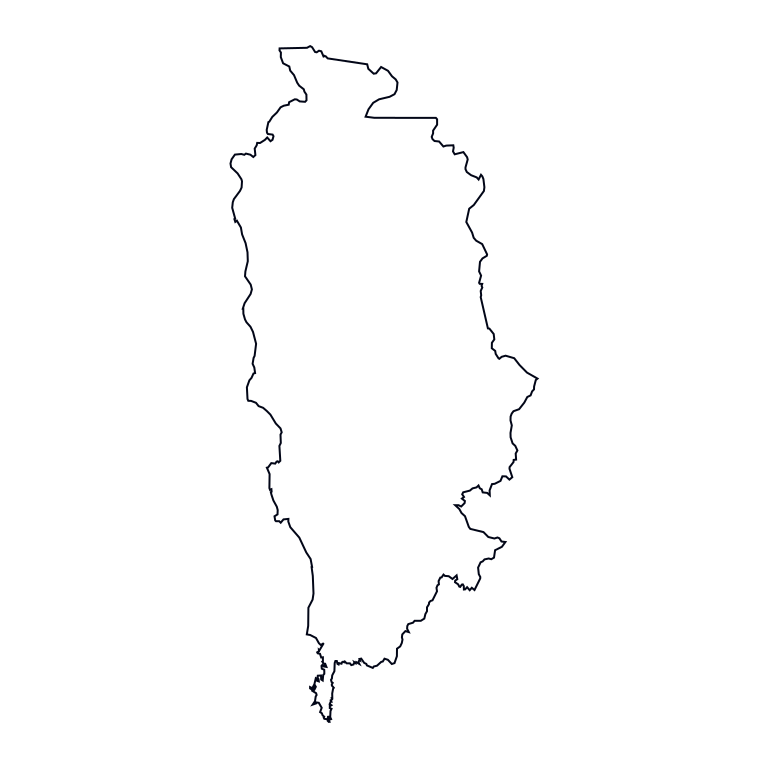 outline of Achí, Bolívar, Colombia
{"feature_id": "7082276B83217917956191", "entity_name": "Achí", "entity_type": "district", "adm_level": 2, "iso_a3": "COL", "parent_name": "Colombia", "parent_adm1": "Bolívar", "projection": "equal_earth", "projection_center": [-74.478, 8.603], "detail": "fine", "context": "isolated", "style": "outline", "palette": "ink", "viewbox_px": 768, "rotation_deg": 0, "n_neighbors": 0, "source": "geoboundaries", "source_scale": "gbopen_adm2", "svg_char_len": 6086}
<svg xmlns="http://www.w3.org/2000/svg" viewBox="0 0 768 768"><path d="M381.1,67.0L376.1,73.3L373.7,73.7L368.3,68.8L367.2,64.3L327.7,58.4L325.6,56.2L323.9,56.3L324.0,54.9L323.3,56.0L321.3,51.3L319.0,50.7L316.7,52.3L315.1,52.0L312.1,47.2L310.1,46.1L307.0,47.8L279.6,48.4L279.5,50.4L280.9,52.5L280.8,57.1L283.1,63.3L289.3,66.5L290.2,70.6L294.0,75.1L297.2,82.7L299.2,85.7L303.8,89.3L304.4,91.6L306.4,94.6L306.5,100.3L305.1,101.8L299.7,101.4L296.8,99.5L294.8,99.3L289.1,102.2L288.7,104.7L283.8,105.7L280.6,107.3L276.9,112.5L272.3,116.9L269.3,121.7L268.4,122.1L266.7,129.9L267.0,132.7L267.9,134.0L272.6,134.6L273.5,136.2L272.5,139.8L270.5,141.2L267.2,137.5L264.9,139.9L260.0,143.0L257.2,142.9L256.7,145.3L254.7,148.6L255.4,155.1L253.3,157.0L250.4,154.7L245.9,153.6L244.3,154.8L241.3,154.0L234.9,154.6L231.6,159.3L230.5,163.5L231.1,167.2L237.6,173.4L241.4,179.2L242.0,181.3L241.6,187.5L240.0,190.9L233.9,199.1L232.8,202.2L232.2,207.8L235.2,218.7L234.4,219.1L235.3,221.9L236.9,220.7L240.9,227.5L242.1,234.4L245.6,243.2L247.5,252.3L247.8,261.2L245.4,271.4L245.0,276.3L250.7,284.6L251.9,289.4L250.6,294.0L244.6,303.2L242.8,308.7L243.3,308.7L243.4,313.8L245.0,319.4L246.5,322.3L250.5,326.8L253.0,331.9L256.1,343.8L254.6,355.9L253.6,357.9L252.6,363.8L254.3,367.5L255.1,373.1L253.5,373.5L251.5,377.9L249.4,380.3L246.9,387.3L247.5,399.0L248.3,400.8L251.1,400.9L256.0,402.8L258.6,406.1L263.1,407.8L266.8,411.0L270.4,414.6L275.8,423.5L280.5,428.4L281.7,432.3L280.5,434.6L280.8,443.0L279.4,445.9L280.3,460.8L278.7,462.4L277.7,461.3L276.6,461.6L275.2,463.6L271.3,463.1L268.1,467.4L266.9,467.7L269.6,474.1L269.4,488.1L270.0,489.8L271.4,489.2L271.6,491.7L270.8,492.1L271.5,494.8L273.4,500.5L276.8,506.7L277.7,510.1L277.5,514.4L274.5,516.3L275.2,520.4L276.0,521.2L279.2,521.2L280.7,522.7L283.5,519.4L288.4,518.9L288.3,521.6L290.3,527.2L299.3,537.6L306.3,552.5L310.6,559.0L312.1,567.0L311.6,567.1L312.8,575.9L313.5,593.5L312.6,599.6L308.4,607.7L308.2,625.9L306.8,634.4L310.2,635.0L316.0,638.0L318.9,643.2L320.8,645.0L323.7,643.2L319.4,650.4L318.9,649.9L319.0,651.2L317.2,652.3L317.7,653.3L320.0,653.8L321.2,657.5L322.9,657.3L322.9,661.3L322.3,661.7L324.0,663.8L325.2,663.8L326.4,666.9L324.1,666.5L324.3,665.5L322.5,665.9L322.2,665.1L321.5,665.9L321.8,668.7L324.2,669.7L324.3,671.1L324.3,673.8L323.2,675.0L322.7,680.5L321.2,679.5L321.0,675.5L317.8,675.7L317.5,677.4L318.5,679.1L318.8,681.4L317.2,680.9L316.7,678.8L315.8,678.2L314.4,684.2L312.3,688.2L310.1,687.1L310.1,688.4L311.9,689.5L313.3,689.0L315.2,685.7L315.8,686.8L314.4,689.7L313.7,690.4L313.1,689.8L312.3,690.8L316.1,693.2L316.6,695.0L315.7,696.5L315.0,701.2L312.7,704.6L316.1,703.4L316.2,702.4L318.8,702.8L321.7,707.8L320.1,712.1L321.9,713.3L322.6,715.3L324.2,716.7L323.7,717.6L324.3,718.8L327.6,719.3L327.7,720.8L328.8,721.9L329.5,721.8L327.8,718.0L328.0,716.8L328.9,716.7L330.6,719.3L331.1,719.1L330.2,717.2L330.5,711.0L331.5,708.8L329.8,708.1L329.8,706.2L331.4,705.2L330.4,704.5L329.8,705.2L329.6,704.3L330.7,701.7L331.4,701.7L330.7,700.3L331.9,699.5L331.7,698.2L332.3,698.3L332.2,693.5L333.1,688.7L333.8,687.8L331.9,685.6L331.8,684.4L332.7,682.9L331.6,682.0L331.0,679.9L331.9,678.5L332.2,675.4L334.4,671.2L334.7,663.0L335.4,661.0L336.8,661.0L337.5,663.9L338.6,664.5L339.0,663.1L341.5,663.7L342.0,662.3L343.1,661.7L344.2,662.3L344.8,661.5L346.6,663.3L349.9,663.3L351.3,665.1L353.5,664.5L354.2,662.7L354.9,663.0L354.5,662.2L355.9,663.0L356.2,662.1L359.3,663.9L358.4,662.1L359.4,660.1L359.9,660.4L359.4,659.0L361.2,658.6L364.2,662.9L366.3,663.9L366.9,665.4L372.8,667.9L373.8,666.5L377.0,665.7L381.2,661.9L382.8,661.5L384.5,658.7L387.9,659.8L391.8,664.0L394.5,663.1L396.9,656.2L397.0,648.7L400.2,646.4L401.8,643.0L402.5,639.6L401.9,637.3L402.3,634.4L405.4,631.1L408.8,632.1L407.1,628.7L407.3,626.0L408.3,624.1L413.0,622.7L414.6,620.8L420.8,620.8L424.3,618.6L425.4,614.0L427.0,611.2L427.0,607.3L428.9,604.3L429.1,602.5L430.5,601.0L432.5,600.3L437.0,591.3L436.5,587.8L437.5,585.3L438.9,584.4L438.6,581.1L440.3,577.6L441.6,577.4L443.5,574.6L444.9,575.9L448.7,576.2L452.5,579.0L456.6,575.4L457.3,579.2L455.2,580.6L455.0,582.2L458.1,584.3L459.3,586.6L460.2,586.9L461.8,584.6L462.8,584.4L463.8,586.1L463.9,589.5L465.1,589.4L467.1,587.2L469.7,590.2L471.8,587.8L474.5,590.0L480.2,578.5L480.3,577.0L478.8,574.2L478.1,567.6L480.6,562.3L482.7,561.4L484.5,559.4L488.7,558.5L491.3,559.2L494.0,557.6L495.1,550.2L501.9,546.8L505.4,542.0L501.5,541.5L499.4,538.3L497.5,537.5L494.4,538.5L488.3,537.0L483.5,532.1L470.3,528.9L468.8,526.9L465.0,516.2L461.5,513.0L459.3,509.0L455.2,505.2L458.5,505.2L461.2,506.5L464.6,503.1L464.9,501.0L461.9,498.6L464.0,497.0L462.2,494.3L463.2,492.3L469.9,490.6L472.5,488.4L476.5,487.4L478.5,485.5L479.8,488.3L481.7,489.3L482.7,492.4L487.2,492.9L489.8,495.3L489.6,490.4L492.0,484.1L494.7,483.8L500.5,480.9L502.4,476.3L506.0,476.4L509.4,479.6L512.3,477.2L509.5,468.8L509.6,467.1L513.5,462.1L513.7,459.9L516.1,459.6L515.7,453.5L517.4,450.5L515.3,445.9L512.6,443.4L510.6,437.3L510.5,432.9L511.8,425.4L510.5,420.4L510.6,416.6L511.7,413.6L513.5,411.2L519.1,409.2L524.3,402.6L527.3,397.0L530.6,395.4L532.1,391.4L534.0,389.4L534.1,386.5L535.8,380.0L537.5,378.6L527.0,372.6L519.6,365.1L514.2,358.2L505.6,355.7L501.7,356.8L499.3,358.8L498.5,358.3L495.7,353.9L495.2,350.9L491.8,348.3L491.9,342.8L494.3,339.4L493.7,334.0L489.4,328.6L487.9,328.4L480.7,297.1L481.2,295.3L480.7,291.0L482.3,287.5L481.6,285.9L482.2,283.9L479.7,283.8L479.1,282.8L481.1,275.6L479.1,271.4L480.0,261.8L482.5,258.4L486.8,255.8L487.1,254.4L482.2,244.1L476.2,240.7L473.7,237.8L472.1,232.6L466.3,222.0L469.2,208.7L473.8,205.0L483.9,191.0L484.4,187.2L483.4,179.0L482.3,176.3L481.0,174.8L478.6,179.5L476.7,177.4L471.1,175.2L466.8,172.0L465.5,169.2L465.5,167.4L467.7,159.5L467.1,157.2L463.4,152.1L454.7,154.3L453.0,151.4L453.7,147.7L453.3,145.3L446.2,145.6L443.4,146.5L439.1,141.5L434.5,141.0L432.5,139.1L431.7,136.9L433.1,133.4L433.1,130.6L437.1,124.7L437.1,119.3L435.9,117.9L374.3,117.8L365.6,116.7L368.5,109.3L373.2,102.8L379.1,99.3L389.6,96.8L394.5,94.2L396.7,90.0L397.5,82.5L395.7,79.4L392.0,76.3L388.0,70.8L381.1,67.0Z" fill="none" stroke="#020617" stroke-width="2"/></svg>